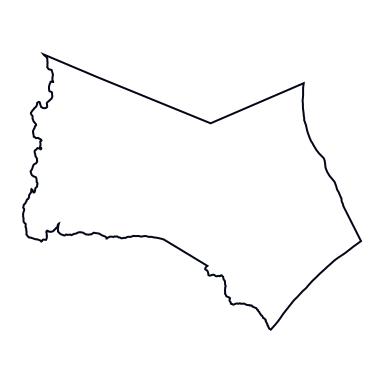 Coronel Felipe Varela, La Rioja, Argentina
{"feature_id": "61730980B22460334108875", "entity_name": "Coronel Felipe Varela", "entity_type": "district", "adm_level": 2, "iso_a3": "ARG", "parent_name": "Argentina", "parent_adm1": "La Rioja", "projection": "mercator", "projection_center": [-68.539, -29.475], "detail": "fine", "context": "isolated", "style": "outline", "palette": "ink", "viewbox_px": 384, "rotation_deg": 0, "n_neighbors": 0, "source": "geoboundaries", "source_scale": "gbopen_adm2", "svg_char_len": 5784}
<svg xmlns="http://www.w3.org/2000/svg" viewBox="0 0 384 384"><path d="M361.0,241.1L343.4,206.2L342.9,204.0L341.9,201.9L341.6,200.8L341.5,198.5L340.9,197.5L338.6,192.1L337.4,190.1L336.9,189.1L336.4,186.8L334.8,182.4L334.2,181.4L331.2,177.8L329.7,176.1L327.3,172.1L326.4,170.0L325.6,167.8L325.4,166.7L325.2,164.3L324.7,160.9L324.0,158.7L323.3,157.7L319.2,153.6L316.4,150.0L313.4,145.0L312.3,142.9L311.0,141.0L309.2,136.7L307.3,131.2L305.8,124.4L305.2,123.5L305.1,122.3L304.5,121.2L304.2,120.1L304.2,117.8L303.9,116.7L303.6,113.3L303.0,108.6L302.9,106.3L302.9,104.0L302.6,100.5L303.1,95.9L303.1,87.8L303.7,83.2L210.6,123.3L97.0,77.0L43.5,54.4L44.1,55.2L44.5,55.4L45.0,55.9L45.7,56.4L46.5,57.2L47.1,58.2L47.4,59.3L47.3,61.0L47.6,62.2L47.4,64.4L47.5,66.0L47.2,67.1L48.0,68.3L48.9,69.3L51.5,69.9L51.6,70.1L52.9,74.4L53.0,75.0L52.5,76.8L52.4,79.9L52.5,80.5L53.1,81.4L53.1,82.0L52.8,82.0L52.4,81.8L51.2,81.6L50.8,81.7L50.4,82.1L50.4,82.7L49.7,84.0L49.0,86.6L49.0,88.9L49.3,91.0L50.0,91.5L51.3,91.9L51.9,92.4L52.3,96.1L52.2,97.1L51.4,98.8L50.2,99.7L49.5,100.6L48.8,101.0L48.6,101.3L47.9,101.8L46.9,102.8L46.8,103.3L47.2,106.2L47.1,107.0L46.6,107.5L46.0,107.9L45.2,108.1L43.8,108.2L42.7,107.9L41.1,106.9L40.1,103.9L40.0,103.0L39.6,102.6L39.6,102.2L39.0,101.9L38.4,102.0L37.1,103.0L37.1,104.3L36.3,106.4L35.2,107.6L34.5,108.0L33.4,109.6L32.8,110.0L31.7,111.7L31.2,112.4L30.9,113.0L31.0,113.9L31.7,115.0L32.3,115.7L32.6,116.3L32.5,118.3L33.5,121.2L33.7,121.6L34.2,122.0L34.6,122.7L35.4,123.4L36.0,124.4L36.2,125.0L36.0,125.4L35.3,126.0L35.0,126.4L34.5,128.2L34.2,128.4L33.0,131.1L33.0,132.2L33.2,132.5L33.2,133.4L33.6,135.0L33.8,136.8L35.2,137.4L35.8,138.1L36.2,138.2L38.0,137.9L38.4,138.0L39.4,138.8L40.3,139.1L41.0,139.6L41.5,140.4L41.1,140.9L40.5,141.2L40.2,141.6L40.2,142.0L40.4,142.8L40.5,145.2L40.1,146.1L40.1,146.9L41.1,147.8L41.3,148.6L40.7,149.3L40.3,149.2L39.7,148.7L39.2,148.4L37.5,148.1L37.0,148.5L36.6,149.3L34.9,150.5L34.8,150.8L34.6,151.6L34.8,153.0L35.1,153.8L35.6,156.5L36.3,157.4L36.9,158.5L36.9,159.1L37.0,159.3L37.1,159.8L37.0,160.7L37.2,161.4L36.8,162.3L36.5,162.6L36.1,163.3L34.1,164.3L33.7,164.7L33.2,165.7L32.1,169.0L31.2,170.7L30.7,171.1L30.6,171.7L31.5,174.4L32.0,175.3L32.6,175.6L33.7,176.5L34.7,176.7L35.9,177.3L36.1,177.6L36.6,179.4L36.7,182.1L37.3,182.7L37.5,183.5L37.5,184.2L37.2,184.6L37.1,186.6L35.7,187.8L35.3,188.6L35.1,190.2L34.7,191.9L34.2,192.4L33.6,192.5L33.0,191.7L32.7,190.3L32.1,189.7L31.5,189.1L31.2,189.4L31.3,190.2L31.2,191.7L30.9,192.6L29.3,194.8L29.0,196.0L29.1,197.1L28.9,197.6L28.1,199.0L27.4,199.2L27.1,199.6L26.7,200.3L26.6,200.9L25.9,202.0L25.7,202.7L24.9,203.7L23.7,204.9L23.7,205.5L23.2,207.4L23.3,207.9L24.1,208.8L24.2,210.0L23.4,212.5L23.0,214.5L23.2,215.1L23.1,216.3L23.6,218.7L23.5,220.2L23.6,221.6L24.5,223.0L25.3,223.6L25.7,224.0L25.7,225.2L25.6,225.7L25.6,227.3L26.2,228.2L26.2,230.4L26.6,231.5L26.4,234.5L27.2,235.4L27.8,236.5L28.7,237.0L29.1,237.5L30.3,237.5L36.0,239.4L36.9,239.3L38.1,239.6L38.9,240.0L39.9,240.3L41.0,241.0L41.3,241.5L42.1,241.0L42.4,240.2L43.0,239.7L43.5,239.6L45.9,239.9L46.1,239.7L46.8,237.9L46.8,236.3L47.0,235.8L46.9,235.5L46.7,235.3L46.7,233.5L46.6,232.8L46.3,232.3L46.5,231.2L47.1,230.7L47.9,231.0L48.1,231.2L48.5,231.2L49.0,231.7L50.7,231.8L52.0,231.6L53.1,231.2L53.9,230.5L54.2,229.9L55.0,229.4L55.7,228.4L57.4,227.1L57.7,225.2L58.4,223.9L58.9,223.6L58.2,226.1L58.1,227.7L57.8,228.2L57.8,229.3L58.0,230.0L58.0,231.7L59.0,232.5L59.8,233.5L60.3,233.9L61.2,234.4L63.7,235.3L64.7,235.5L65.4,234.9L66.2,234.5L67.5,234.9L70.4,234.6L71.2,235.1L71.6,235.1L73.8,234.0L76.5,233.4L77.6,232.7L78.9,232.3L80.1,232.2L80.6,232.2L81.0,232.4L82.7,232.5L84.9,233.8L85.6,234.3L88.6,234.7L89.6,234.4L91.2,234.4L93.3,233.0L94.2,232.7L94.7,233.0L98.2,233.4L99.4,233.7L101.7,235.2L105.3,236.6L105.9,237.0L106.4,237.6L106.5,238.5L106.9,238.5L107.7,237.7L108.4,237.5L109.0,237.0L109.9,236.7L112.1,236.7L113.5,237.0L114.7,236.4L115.3,236.6L116.9,236.4L117.5,236.6L118.3,237.3L119.5,237.4L121.4,238.3L123.3,238.1L124.0,237.8L125.7,237.9L127.2,237.0L128.2,236.8L130.0,236.9L131.3,236.7L132.7,236.1L133.7,235.9L134.2,235.9L134.7,236.1L138.9,236.0L140.8,236.6L145.2,236.0L146.5,236.2L148.8,236.9L150.7,236.8L152.2,237.0L153.8,237.4L157.7,237.9L161.9,238.9L164.0,239.6L207.4,265.9L206.5,266.6L205.6,267.7L205.2,268.7L205.2,269.2L205.8,269.8L207.1,270.5L207.7,271.4L208.3,273.4L208.3,274.5L208.5,275.2L209.1,275.5L210.0,275.6L212.7,274.8L213.7,274.7L214.5,275.1L215.4,275.9L216.1,276.2L216.9,276.3L217.8,276.0L218.7,275.9L219.2,275.9L219.3,276.0L219.9,276.2L220.8,275.5L221.2,275.3L221.6,275.3L222.6,276.5L223.1,276.8L223.6,279.4L224.7,280.7L224.9,281.3L225.0,283.6L225.2,284.0L225.2,285.0L225.7,286.1L225.6,286.7L225.1,287.7L225.2,289.1L224.9,290.4L225.2,291.9L225.0,293.7L225.6,294.3L226.0,295.7L226.4,296.2L226.8,296.5L228.3,297.1L228.7,297.4L229.5,297.6L230.0,298.1L230.0,298.3L229.7,299.2L229.5,300.6L230.1,301.7L230.7,302.3L230.9,303.6L231.1,303.9L231.4,304.0L232.0,304.0L232.7,304.3L233.1,304.6L233.7,304.6L234.4,304.4L235.3,303.8L236.5,303.5L237.6,303.5L238.4,303.8L239.7,303.3L240.2,303.4L241.2,303.8L243.9,303.6L247.1,305.0L249.8,305.2L250.0,305.6L250.5,305.6L251.3,305.4L251.7,305.5L252.5,306.7L253.2,306.7L254.4,307.5L256.0,308.0L256.3,308.2L257.2,309.7L258.0,310.1L258.4,311.3L259.3,312.0L259.8,313.4L260.3,313.7L261.1,315.2L262.2,315.9L262.8,317.1L263.2,318.1L264.0,318.3L264.7,318.8L265.7,320.0L265.6,320.5L265.8,320.6L265.8,321.4L266.9,323.2L266.9,323.6L267.4,324.2L267.4,325.2L268.2,326.0L268.3,326.9L269.3,328.7L270.6,329.4L270.8,329.6L275.5,324.4L278.4,320.8L280.5,317.9L283.1,314.0L293.9,300.3L297.3,297.0L302.8,291.0L306.3,287.9L308.5,285.2L312.4,280.9L315.8,277.7L319.9,273.6L322.5,271.3L326.8,267.3L334.6,260.3L338.3,257.6L345.1,253.1L353.4,246.6L361.0,241.1Z" fill="none" stroke="#020617" stroke-width="2"/></svg>